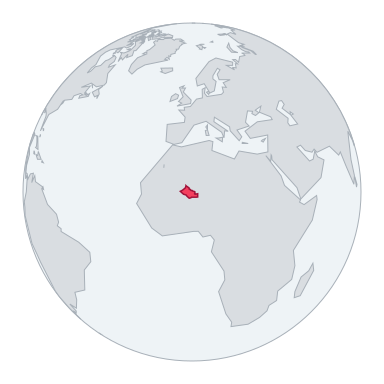 Kidal on an orthographic globe
{"feature_id": "MLI-2689", "entity_name": "Kidal", "entity_type": "Region", "adm_level": 1, "iso_a3": "MLI", "parent_name": "Mali", "parent_adm1": "", "projection": "orthographic", "projection_center": [2.188, 19.739], "detail": "fine", "context": "on_globe", "style": "filled", "palette": "rose", "viewbox_px": 384, "rotation_deg": 0, "n_neighbors": 0, "source": "natural_earth", "source_scale": "10m", "svg_char_len": 9685}
<svg xmlns="http://www.w3.org/2000/svg" viewBox="0 0 384 384"><circle cx="192" cy="192" r="169" fill="#eef3f6" stroke="#a8b0b8"/><path d="M177.0,23.7L172.4,24.3L151.8,28.2L149.0,29.8L131.4,37.3L134.3,36.7L129.6,39.8L131.2,40.4L127.5,42.1L132.0,41.2L135.1,39.5L138.1,38.7L139.4,39.1L134.9,41.1L133.6,41.3L132.9,42.1L130.1,43.1L132.2,42.8L126.5,45.6L133.9,43.5L130.9,46.2L126.7,48.0L124.8,46.9L110.3,49.9L105.5,52.2L100.5,56.1L95.9,64.6L91.5,67.9L87.2,73.0L90.6,71.3L95.2,66.8L100.6,65.5L105.6,60.7L108.6,59.7L114.6,55.6L116.1,57.4L114.3,61.5L109.4,65.1L108.5,67.2L115.2,64.9L107.8,73.5L106.4,82.7L104.2,85.1L96.4,86.8L91.4,83.1L81.3,87.3L90.3,86.0L84.7,92.8L84.8,94.7L86.6,95.4L89.6,93.5L88.2,96.4L78.8,98.2L79.9,95.6L82.9,94.9L80.5,93.5L74.1,95.7L71.8,99.4L64.6,100.2L62.9,103.1L60.3,105.2L63.6,100.4L57.6,109.3L48.8,114.5L40.4,130.9L46.0,116.2L46.3,112.7L46.0,110.6L44.5,113.1L46.1,108.0L44.1,110.4L41.5,115.2L47.4,104.6L54.1,94.4L61.5,84.7L69.6,75.6L78.3,67.0L87.6,59.2L97.4,52.0L107.8,45.5L118.5,39.8L129.7,34.9L141.2,30.9L152.9,27.6L164.9,25.2L177.0,23.7ZM33.3,134.0L32.4,137.2L34.4,132.7L34.9,134.3L29.5,147.4L29.5,154.3L26.6,165.3L25.9,172.6L27.1,173.5L28.0,178.9L30.4,173.9L33.4,173.2L31.7,182.6L34.8,175.6L35.5,181.7L42.7,186.9L41.7,188.7L47.5,204.4L56.5,214.2L58.6,222.2L57.3,225.8L61.1,228.7L61.1,231.5L78.7,242.2L89.8,252.3L90.8,261.7L84.3,270.0L84.8,290.0L74.9,292.3L76.7,299.8L76.4,308.2L69.8,304.0L76.2,311.0L76.2,312.8L73.2,310.8L76.5,314.6L74.5,313.1L78.6,316.9L80.8,319.2L69.6,308.4L59.4,296.7L55.2,290.8L40.5,262.0L37.3,254.8L32.0,243.5L25.1,215.5L24.9,207.3L24.3,201.8L26.3,191.9L27.2,178.4L26.8,175.4L25.6,178.8L25.7,166.7L27.6,155.7L29.8,144.6L33.3,134.0ZM37.8,136.2L38.0,149.5L35.5,147.4L36.4,146.5L36.9,141.8L36.9,136.3L35.4,135.3L37.8,136.2ZM43.2,129.7L43.0,128.1L43.5,129.0L43.2,129.7ZM113.4,55.0L114.0,55.3L112.5,55.9L113.4,55.0ZM115.5,53.1L113.4,53.6L114.0,52.8L115.3,52.5L115.5,53.1ZM117.9,52.8L115.5,51.3L116.7,49.9L122.6,47.8L117.9,52.8ZM135.6,38.9L132.3,40.6L133.8,39.0L135.6,38.9ZM135.8,38.1L136.2,35.0L141.6,33.0L140.4,34.2L146.5,31.7L148.9,32.1L146.1,33.7L142.1,34.8L146.1,34.2L135.8,38.1ZM192.9,23.1L193.9,23.1L191.8,23.1L192.9,23.1ZM139.5,38.3L139.1,37.7L143.7,35.8L145.4,36.7L143.4,37.0L139.5,38.3ZM146.9,30.9L150.6,29.9L153.7,29.9L155.5,29.6L149.4,32.0L146.9,30.9ZM142.9,37.6L146.1,37.2L145.1,38.5L140.2,38.7L142.9,37.6ZM144.3,35.0L146.6,34.2L145.8,34.9L144.3,35.0ZM143.1,43.4L142.5,42.4L144.9,41.3L143.1,43.4ZM147.4,37.0L147.7,36.6L148.6,36.1L150.4,36.2L147.4,37.0ZM152.0,32.0L152.5,32.3L154.6,31.0L157.0,31.2L152.5,32.9L155.4,32.2L156.2,32.3L151.7,33.7L152.0,32.0ZM154.9,35.0L150.0,37.6L150.6,39.5L148.5,40.5L148.0,37.3L154.9,35.0ZM153.4,34.0L153.9,34.8L151.0,35.5L148.9,35.4L153.4,34.0ZM160.2,30.8L157.8,30.0L158.8,29.8L160.2,30.8ZM155.6,35.3L156.8,34.7L156.0,35.4L155.6,35.3ZM159.4,32.0L158.4,31.7L159.7,31.3L159.4,32.0ZM160.0,33.9L158.4,34.7L156.9,34.5L160.0,33.9ZM160.2,32.9L162.1,32.5L157.4,34.0L159.5,32.8L160.2,32.9ZM160.8,31.7L161.2,31.4L161.0,31.9L160.8,31.7ZM166.4,34.1L160.8,36.1L157.5,35.7L163.5,33.8L166.4,34.1ZM98.8,332.9L99.4,333.3L101.1,334.3L100.9,334.3L99.6,333.4L98.8,332.9ZM203.7,23.4L202.3,23.4L203.7,23.4ZM354.4,145.4L353.0,141.0L354.3,146.1L352.4,140.3L347.8,131.2L348.6,138.5L351.0,159.7L354.4,175.4L353.9,184.3L345.9,165.7L340.3,151.9L338.7,155.1L329.4,146.2L317.0,152.3L314.1,149.1L312.0,152.2L305.3,150.5L300.5,145.2L296.9,147.0L309.5,161.0L313.2,159.2L314.7,151.2L317.7,156.8L324.0,159.9L321.0,177.6L300.8,199.0L297.0,187.7L272.0,159.7L271.7,155.9L271.5,155.5L271.1,154.8L270.7,161.2L265.8,155.6L281.1,175.9L284.5,185.4L300.5,199.9L299.5,202.1L304.1,204.6L316.6,195.5L317.1,199.5L312.3,220.1L293.4,250.4L294.9,265.7L291.7,279.4L277.7,291.1L276.6,300.5L269.0,305.4L267.0,310.8L259.6,317.4L248.1,324.2L231.0,326.6L231.7,322.2L225.9,313.9L218.6,291.6L224.8,279.9L224.0,271.1L211.4,251.8L214.3,240.0L210.5,235.3L202.9,237.0L198.3,231.3L193.5,231.4L162.3,235.9L151.7,228.0L136.6,203.5L141.5,194.1L140.5,182.7L172.6,144.9L181.5,146.9L209.1,140.5L212.9,141.6L211.9,150.5L234.4,159.0L239.0,151.0L257.2,154.1L267.9,151.9L267.7,135.0L250.3,138.4L245.0,131.2L257.3,121.8L272.2,119.6L270.7,116.8L259.4,112.2L260.9,106.1L255.2,110.2L258.9,112.7L255.5,115.5L251.9,113.6L252.6,111.3L247.5,110.9L245.5,122.3L249.1,126.0L237.0,130.0L241.8,136.8L239.2,140.7L230.2,130.8L229.6,126.8L214.4,117.2L213.9,121.7L228.2,131.3L224.6,130.8L224.0,137.8L221.6,132.2L206.1,121.3L194.0,125.1L181.8,142.7L174.0,144.4L166.0,141.4L167.2,124.4L184.4,122.4L185.1,117.1L178.8,110.0L184.6,110.2L184.2,107.3L190.4,106.5L196.5,99.1L202.4,97.9L202.2,89.3L205.2,87.7L204.4,93.1L207.1,96.5L221.5,94.3L223.5,92.2L222.2,87.0L226.3,87.4L223.2,82.7L230.2,79.7L219.1,79.7L217.2,74.3L220.0,69.8L217.4,68.3L212.9,75.8L212.9,78.9L216.1,81.4L214.3,90.9L209.9,93.0L204.2,83.7L197.3,86.0L195.9,78.4L209.0,61.6L215.9,58.0L232.7,62.2L232.6,65.4L226.5,65.4L234.5,69.9L232.7,67.4L236.2,67.9L235.3,63.7L237.6,63.9L232.7,59.6L235.5,59.5L238.6,62.2L239.7,56.5L244.9,55.5L244.0,54.2L241.6,53.0L249.7,53.0L248.7,52.0L245.6,51.6L241.6,49.6L237.6,46.2L240.7,46.3L242.5,47.6L251.0,50.8L255.4,54.5L256.2,54.3L253.1,51.2L242.8,47.2L239.6,45.1L244.5,46.5L242.5,45.8L241.8,44.9L244.0,44.3L238.6,42.7L227.2,34.1L230.3,32.6L236.0,34.4L231.3,30.3L235.1,30.0L232.3,29.4L228.1,27.8L226.8,27.8L225.2,27.5L213.8,24.6L213.5,24.4L211.1,24.1L223.4,26.0L235.5,28.7L247.4,32.4L259.0,36.9L270.2,42.2L281.0,48.4L291.4,55.3L301.1,63.0L310.3,71.4L318.9,80.4L326.8,90.1L333.9,100.3L340.3,110.9L345.8,122.1L350.5,133.6L354.4,145.4ZM164.1,164.4L163.8,167.8L164.1,164.4ZM289.9,125.8L297.7,124.0L290.9,115.2L293.3,114.0L290.1,111.7L290.4,114.6L282.1,108.2L284.2,104.4L281.6,100.6L278.9,101.1L276.3,109.3L288.1,118.3L287.8,122.8L289.9,125.8ZM43.0,187.0L43.6,189.5L42.3,188.6L43.0,187.0ZM34.0,150.7L34.6,152.1L34.5,154.1L33.8,153.7L34.0,150.7ZM42.1,160.6L43.4,162.8L41.6,162.1L42.1,160.6ZM38.3,151.4L41.1,159.3L37.5,159.3L36.0,154.5L37.7,155.5L38.3,151.4ZM40.4,134.3L40.5,135.7L39.7,137.2L40.4,134.3ZM43.6,130.4L43.3,130.2L43.8,128.5L43.6,130.4ZM85.3,92.6L86.0,92.6L87.2,93.9L85.5,94.4L85.3,92.6ZM99.2,94.0L96.7,98.7L97.4,95.5L94.5,96.8L92.3,92.2L103.0,86.1L98.6,89.5L99.2,94.0ZM92.4,85.0L92.6,88.2L92.0,84.9L92.4,85.0ZM175.6,93.7L178.6,95.2L177.5,98.6L170.0,101.5L171.5,96.5L175.6,93.7ZM183.1,96.8L179.5,87.5L184.0,85.8L182.1,88.2L185.5,88.0L183.3,92.0L191.1,100.0L190.6,103.6L177.0,106.1L181.7,103.1L178.5,101.5L183.1,96.8ZM162.3,71.1L160.9,68.2L172.6,68.0L172.7,70.8L165.2,73.5L160.7,71.8L162.3,71.1ZM128.7,49.9L127.4,49.7L128.7,49.0L130.8,48.6L128.7,49.9ZM142.7,43.1L135.9,50.6L134.0,50.6L132.3,55.6L126.7,57.6L128.0,54.2L122.4,59.9L121.3,57.6L118.1,61.6L121.6,53.7L120.4,52.3L123.9,53.0L129.0,51.1L130.9,49.8L135.4,45.4L135.4,41.9L140.5,39.8L144.1,39.3L144.9,39.8L141.3,40.9L144.9,40.8L140.4,42.9L142.7,43.1ZM183.6,40.9L179.1,40.9L185.6,43.2L181.1,44.3L182.1,44.5L179.7,46.4L178.6,49.1L176.2,49.3L176.8,50.3L175.2,51.7L175.2,53.3L170.9,54.4L170.6,56.5L168.7,55.9L169.3,59.2L167.0,57.3L164.7,59.3L168.2,60.1L145.0,64.9L137.2,69.2L131.9,74.1L128.6,70.8L131.4,64.5L137.6,57.7L145.7,54.4L142.7,53.8L145.7,52.1L146.8,53.3L146.9,50.6L149.6,49.6L155.1,45.0L153.6,42.2L155.6,40.7L157.5,41.3L158.1,39.4L163.2,39.6L164.7,38.6L171.2,38.2L174.2,40.3L175.7,39.1L180.7,39.0L183.6,40.9ZM168.2,34.0L172.8,35.8L172.5,37.5L161.3,37.7L159.2,38.6L152.0,39.3L152.5,37.0L154.5,36.9L156.6,36.4L155.6,37.3L157.9,36.2L160.8,36.2L163.4,35.4L164.2,36.1L168.2,34.0ZM216.0,138.0L218.7,138.0L222.6,137.2L222.3,141.8L216.0,138.0ZM205.3,130.6L207.5,129.8L209.1,135.4L206.2,135.5L205.3,130.6ZM207.5,124.9L207.5,129.4L205.8,127.0L207.5,124.9ZM206.4,92.2L208.7,91.3L209.4,92.5L208.7,94.5L206.4,92.2ZM201.9,49.7L199.4,49.0L199.8,48.4L196.4,45.7L199.5,44.9L202.7,46.2L201.9,49.7ZM265.5,138.4L263.2,142.1L261.3,141.0L262.4,139.9L265.5,138.4ZM242.3,142.3L248.2,143.5L242.2,143.5L242.3,142.3ZM204.7,48.4L203.0,47.3L205.6,47.6L204.7,48.4ZM201.5,44.2L204.4,44.3L199.4,44.5L201.5,44.2ZM313.7,270.4L300.2,295.7L294.2,297.7L294.9,291.6L301.1,277.0L308.7,270.8L312.9,263.2L313.7,270.4ZM354.8,176.6L357.0,184.4L356.5,187.1L354.8,176.6ZM228.7,43.1L230.0,47.5L233.0,50.8L237.9,52.6L231.5,52.2L226.9,47.1L228.7,43.1ZM227.1,35.0L222.8,33.9L224.2,33.5L225.4,33.7L227.1,35.0ZM224.8,34.9L220.3,35.4L217.6,34.3L221.7,34.1L224.8,34.9ZM212.7,41.1L212.9,42.3L210.7,42.0L212.7,41.1ZM195.3,23.1L194.0,23.1L195.3,23.1ZM224.6,27.5L222.3,27.1L222.4,26.9L224.6,27.5ZM216.0,25.9L217.5,26.5L214.7,25.8L216.0,25.9ZM220.8,27.9L217.4,26.6L222.5,28.0L220.8,27.9Z" fill="#d9dde1" stroke="#a8b0b8" stroke-width="1"/><path d="M186.0,185.7L186.2,185.9L186.5,186.1L186.9,186.4L187.2,186.6L187.4,186.7L187.6,186.9L187.9,187.1L188.1,187.2L188.3,187.4L188.6,187.6L188.8,187.7L189.1,188.0L189.2,188.3L189.2,188.6L189.1,188.9L189.1,189.0L189.3,189.1L189.5,189.0L189.7,189.3L189.8,189.3L190.0,189.3L190.3,189.5L190.5,189.7L190.5,189.8L190.5,190.0L190.9,190.3L191.0,190.4L191.1,190.5L191.3,190.5L191.5,190.5L191.8,190.6L191.9,190.4L192.0,190.4L192.1,190.5L192.3,190.6L192.4,190.8L192.6,191.0L192.8,191.1L193.2,191.2L193.3,191.2L194.1,191.4L194.5,191.6L194.8,191.7L194.8,191.8L194.8,192.4L194.8,192.5L194.9,192.8L195.0,193.0L194.9,193.1L194.8,193.3L194.7,193.4L194.7,193.5L194.6,193.8L194.8,194.0L195.1,194.2L195.3,194.2L195.5,194.2L195.8,194.1L196.3,194.0L196.5,194.0L196.7,193.9L197.2,193.8L197.7,193.7L197.7,194.1L197.7,194.5L197.7,194.8L197.7,195.2L197.7,195.5L197.7,195.9L197.7,196.3L197.7,196.6L197.7,197.0L196.2,197.2L194.1,197.2L191.4,197.2L190.9,197.8L189.2,198.2L187.5,196.7L186.9,196.1L186.1,195.0L183.4,194.2L183.2,193.9L182.0,192.9L180.3,191.3L182.3,190.3L183.6,189.3L185.4,187.8L186.0,185.8L186.0,185.7L186.0,185.7Z" fill="#f43f5e" stroke="#9f1239" stroke-width="1.5"/></svg>